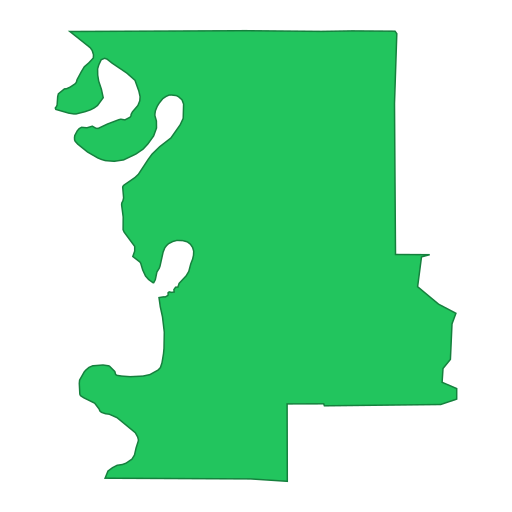 outline of Washington, Mississippi, United States of America
{"feature_id": "52423323B9626966163113", "entity_name": "Washington", "entity_type": "district", "adm_level": 2, "iso_a3": "USA", "parent_name": "United States of America", "parent_adm1": "Mississippi", "projection": "albers", "projection_center": [-91.095, 33.269], "detail": "fine", "context": "isolated", "style": "filled", "palette": "green", "viewbox_px": 512, "rotation_deg": 0, "n_neighbors": 0, "source": "geoboundaries", "source_scale": "gbopen_adm2", "svg_char_len": 2752}
<svg xmlns="http://www.w3.org/2000/svg" viewBox="0 0 512 512"><path d="M395.0,31.2L352.2,30.9L321.4,31.4L245.5,30.7L69.9,31.5L90.3,47.8L92.2,50.5L93.5,54.8L93.3,58.0L91.5,60.0L88.8,62.9L84.3,66.8L81.5,71.4L77.1,79.6L76.3,82.4L75.0,83.9L70.0,87.2L66.6,88.7L64.4,88.9L58.4,93.8L57.7,96.5L57.1,105.1L56.4,106.6L55.3,108.0L55.8,109.4L68.6,113.1L73.7,113.9L76.2,113.9L85.0,111.7L90.5,109.8L94.2,107.9L97.5,105.5L103.2,97.7L101.4,89.3L98.7,81.2L97.7,75.1L97.6,68.8L98.8,64.8L101.2,59.7L104.6,58.3L107.0,59.1L109.8,61.3L111.9,63.0L126.7,73.0L135.0,80.3L138.9,91.2L140.1,96.7L139.8,100.8L137.9,105.5L132.5,111.8L131.1,114.4L131.1,115.6L130.1,117.2L124.9,119.9L120.8,119.2L118.8,119.7L107.5,124.0L98.2,128.4L96.0,128.3L92.3,126.2L86.9,127.8L81.6,127.3L79.2,128.6L77.3,130.8L74.8,135.5L74.5,137.6L74.6,139.9L75.2,141.3L77.7,144.1L87.5,152.0L97.7,157.9L101.3,159.4L105.3,160.6L114.2,161.3L123.6,159.9L136.1,153.9L143.2,149.0L147.9,143.9L153.6,136.0L156.5,128.0L156.4,121.0L154.9,115.7L154.9,114.0L155.4,110.7L157.2,106.3L159.1,103.2L162.8,98.6L166.1,96.4L169.0,95.1L171.4,95.0L176.4,95.6L178.5,96.7L182.0,99.8L183.3,103.3L183.6,104.0L183.2,118.4L180.2,124.8L170.9,138.0L159.7,146.7L152.0,154.2L148.2,159.4L138.4,174.3L135.0,177.5L124.1,185.0L123.0,186.2L122.7,187.1L123.6,197.9L122.9,200.9L121.8,203.0L121.6,204.8L123.2,217.0L123.1,229.7L124.2,232.2L134.7,246.4L134.7,251.1L132.8,256.5L139.9,262.0L140.7,263.2L142.7,269.9L145.5,276.0L148.6,279.5L153.0,282.7L153.7,282.7L155.3,279.7L156.9,272.0L159.2,268.3L160.0,266.1L163.1,252.1L164.8,247.8L166.6,245.5L168.5,243.7L172.8,241.5L176.8,240.4L182.8,240.6L187.4,241.9L190.4,244.2L192.6,247.4L193.7,251.2L193.5,255.3L192.6,259.2L190.8,263.8L188.8,271.4L186.2,275.8L179.1,283.4L177.9,287.1L175.6,287.2L173.9,289.6L174.2,292.0L171.7,292.4L169.2,291.9L168.1,292.7L168.1,295.0L167.8,295.5L165.4,296.9L163.2,296.9L159.0,297.6L160.3,306.8L162.5,316.9L164.3,332.1L164.0,348.5L163.5,353.7L162.5,359.8L162.0,362.8L160.4,367.6L158.0,370.1L149.9,374.6L142.9,376.1L130.2,376.7L121.8,376.1L116.7,375.3L115.6,374.4L114.8,371.5L109.5,366.2L108.6,365.8L103.0,365.0L92.7,365.8L89.0,367.4L85.8,370.1L84.3,371.8L79.6,380.1L79.3,383.4L79.8,393.5L80.0,394.7L80.7,395.8L83.8,397.8L94.7,403.2L99.1,409.0L99.9,411.0L101.4,412.3L105.4,413.7L109.2,414.2L117.1,417.7L135.3,432.7L137.7,437.0L138.4,439.8L138.3,441.0L136.1,447.9L134.5,455.0L132.0,459.1L126.0,463.2L122.4,464.5L117.1,465.3L112.5,467.7L108.0,471.0L105.1,478.2L250.4,478.9L287.3,481.3L287.1,403.9L323.7,403.8L324.4,405.8L440.7,404.5L456.7,399.1L456.7,388.6L442.1,382.3L443.0,368.5L450.4,359.4L452.0,323.9L455.9,313.3L438.6,304.2L417.6,286.7L421.5,256.9L429.7,254.7L395.5,254.5L394.9,166.2L394.5,103.3L396.8,33.7L395.0,31.2Z" fill="#22c55e" stroke="#15803d" stroke-width="1.5"/></svg>